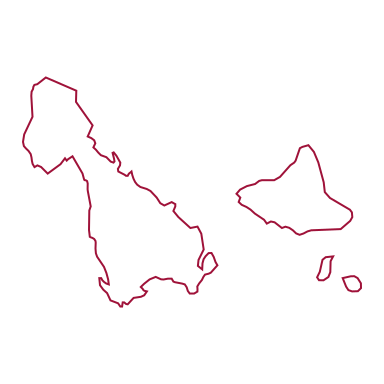 SVG path tracing the border of Malampa
{"feature_id": "VUT-563", "entity_name": "Malampa", "entity_type": "Province", "adm_level": 1, "iso_a3": "VUT", "parent_name": "Vanuatu", "parent_adm1": "", "projection": "robinson", "projection_center": [167.696, -16.227], "detail": "fine", "context": "isolated", "style": "outline", "palette": "rose", "viewbox_px": 384, "rotation_deg": 0, "n_neighbors": 0, "source": "natural_earth", "source_scale": "10m", "svg_char_len": 2777}
<svg xmlns="http://www.w3.org/2000/svg" viewBox="0 0 384 384"><path d="M208.6,253.1L211.5,253.0L213.7,256.9L215.5,262.0L217.4,265.3L210.8,272.7L208.6,273.7L205.0,274.6L203.4,276.9L201.9,280.0L199.1,283.5L197.3,286.5L197.5,289.2L197.4,291.6L194.2,293.5L189.7,293.5L187.8,290.9L186.7,287.3L184.8,284.4L182.2,283.6L174.9,282.2L173.4,281.6L171.7,278.7L167.7,278.7L163.5,279.5L161.0,279.3L155.7,276.9L149.6,279.4L144.1,283.8L140.8,287.0L142.7,288.9L143.4,290.1L144.4,290.8L146.9,291.4L144.2,295.3L140.9,296.8L133.6,297.9L127.7,304.3L126.1,304.0L124.2,302.4L122.7,302.4L122.1,306.5L120.3,306.5L118.1,303.3L110.5,300.4L107.1,293.1L103.3,289.7L100.0,285.2L99.3,278.1L101.2,278.1L102.3,280.2L104.1,282.0L106.2,283.5L108.8,284.4L108.1,279.3L106.4,273.0L104.0,266.9L97.1,256.7L95.9,253.3L95.5,248.6L95.7,242.7L95.5,241.0L94.2,239.0L92.4,237.9L90.7,237.3L89.8,236.8L89.0,230.0L89.3,210.5L90.7,206.4L87.8,191.0L87.6,189.2L87.7,183.5L87.1,181.1L85.8,180.3L84.5,180.1L84.0,179.1L82.5,173.5L72.5,156.3L68.1,159.2L66.7,160.6L65.0,158.3L60.5,164.2L47.7,173.6L41.1,167.0L37.4,165.4L34.5,167.1L32.6,163.9L31.9,160.7L31.5,157.5L30.7,154.1L28.5,150.9L26.1,148.6L23.9,146.1L23.0,141.9L24.2,134.4L32.5,116.8L31.3,95.8L31.6,91.7L33.0,89.1L33.4,86.7L34.4,84.9L37.3,84.2L45.8,77.5L76.3,90.7L76.0,101.9L92.6,125.4L87.7,136.5L91.3,138.1L94.2,140.3L95.3,143.3L93.4,147.4L95.9,149.7L98.3,152.6L100.9,155.2L106.4,157.2L110.7,161.6L113.5,162.6L114.5,161.4L114.0,158.5L112.6,152.9L113.7,152.4L116.4,155.7L120.3,162.6L120.0,165.4L117.9,168.9L118.3,171.5L124.5,174.7L126.0,175.8L127.7,175.8L128.6,174.1L129.4,173.2L130.4,172.5L131.5,171.5L132.3,175.1L133.5,178.7L135.1,182.0L137.2,184.7L140.4,187.0L146.8,189.0L150.5,191.0L156.7,197.6L160.3,203.2L164.3,205.5L171.7,202.1L174.3,203.6L175.3,204.1L175.3,206.4L173.4,211.0L178.4,217.1L190.4,228.0L197.5,226.6L201.3,233.7L203.7,249.5L198.5,260.0L197.9,265.9L202.2,269.4L202.5,263.3L203.6,259.2L205.6,256.2L208.6,253.1ZM311.3,230.3L307.5,231.4L303.5,233.5L299.6,234.8L296.1,233.4L292.9,230.3L289.2,227.8L285.4,226.7L281.9,228.0L274.6,222.3L270.9,221.5L266.8,223.6L264.1,219.8L254.9,213.6L250.5,209.6L246.5,207.0L241.7,204.8L238.7,202.0L240.3,197.6L236.5,193.8L240.1,189.6L246.9,186.1L255.1,184.0L259.2,180.9L261.9,180.2L274.2,180.2L280.0,176.9L290.4,165.2L294.2,162.6L295.6,160.7L299.9,148.2L302.4,146.9L308.4,145.2L313.9,151.9L318.3,162.4L323.7,182.3L324.8,192.1L330.0,198.0L349.9,209.7L351.9,212.4L352.3,217.1L350.2,220.9L340.7,229.1L311.3,230.3ZM319.8,271.8L322.5,259.8L325.7,257.2L333.1,256.4L330.6,261.2L330.3,272.2L328.4,277.0L323.5,280.3L319.0,280.2L317.1,277.3L319.8,271.8ZM352.1,291.4L348.4,290.1L346.1,286.6L342.7,278.1L350.7,276.3L354.3,276.2L357.6,278.1L360.9,283.3L361.0,288.1L357.9,291.2L352.1,291.4Z" fill="none" stroke="#9f1239" stroke-width="2"/></svg>